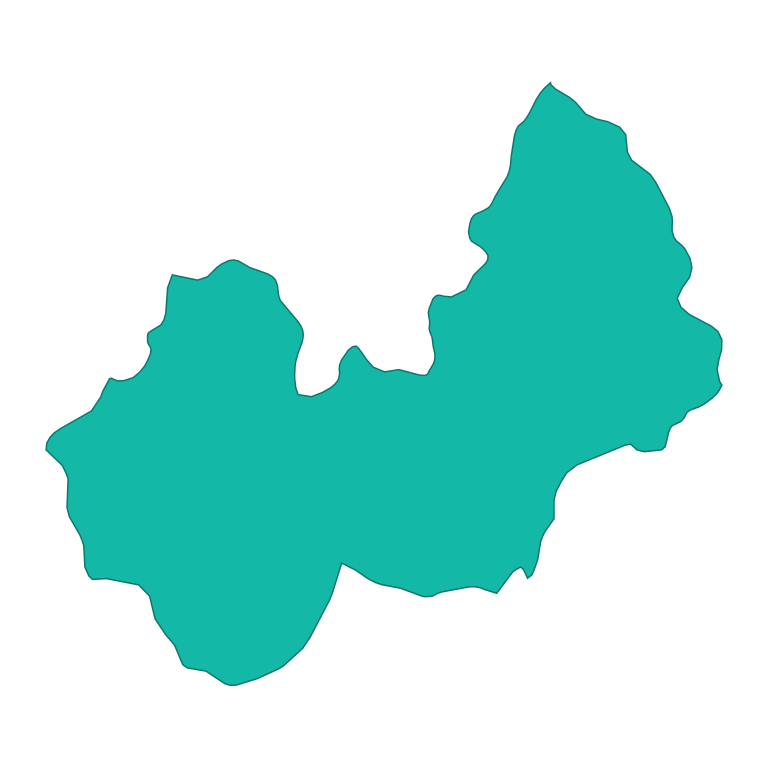 SVG path tracing the border of Nuristan
{"feature_id": "AFG-1761", "entity_name": "Nuristan", "entity_type": "Province", "adm_level": 1, "iso_a3": "AFG", "parent_name": "Afghanistan", "parent_adm1": "", "projection": "equal_earth", "projection_center": [70.816, 35.467], "detail": "fine", "context": "isolated", "style": "filled", "palette": "teal", "viewbox_px": 768, "rotation_deg": 0, "n_neighbors": 0, "source": "natural_earth", "source_scale": "10m", "svg_char_len": 3191}
<svg xmlns="http://www.w3.org/2000/svg" viewBox="0 0 768 768"><path d="M550.5,82.7L550.9,84.7L555.3,89.0L569.8,97.6L575.5,102.3L585.8,114.2L596.6,119.1L608.0,121.8L619.7,127.2L625.7,134.7L627.4,152.2L631.7,160.3L650.1,174.3L655.8,182.4L669.4,208.5L672.0,216.4L672.5,221.7L672.1,226.3L672.1,231.1L673.9,237.2L676.3,240.8L682.3,245.9L684.9,248.9L690.0,258.3L691.9,267.7L689.6,277.4L682.3,287.6L677.2,298.3L681.0,307.3L689.2,314.4L711.4,326.2L718.0,331.6L721.8,339.5L721.6,349.8L718.9,359.4L717.1,369.6L719.6,381.4L721.9,385.0L719.1,390.5L716.4,394.1L712.4,397.9L703.7,404.4L698.6,407.0L690.2,410.0L686.9,412.5L684.1,417.9L681.3,421.2L671.9,425.9L670.1,428.4L668.7,432.1L665.2,446.8L661.4,449.9L644.0,451.7L636.8,449.8L630.7,444.2L625.2,445.1L577.1,464.8L566.6,472.9L561.0,481.9L556.3,491.0L554.0,499.7L554.0,518.8L545.3,531.0L543.2,535.0L540.8,541.0L537.6,560.0L533.8,570.6L531.8,575.0L527.5,578.2L524.3,571.0L522.6,568.5L520.5,567.1L516.6,569.2L513.0,571.6L496.7,593.3L484.5,589.5L481.3,588.0L475.6,586.8L469.4,586.8L442.0,591.9L437.2,593.6L432.6,596.0L427.0,596.7L423.0,596.5L400.4,588.2L381.9,584.7L375.4,582.5L367.7,578.5L355.7,570.1L341.7,563.1L332.3,593.2L329.4,600.3L310.3,636.9L302.7,648.3L283.4,665.9L278.7,668.8L257.3,678.6L236.2,685.1L230.4,685.3L224.9,683.7L205.9,671.1L187.4,667.9L182.8,664.7L174.5,645.0L165.7,634.7L155.1,618.9L149.6,596.1L138.7,584.9L106.4,578.6L92.5,579.4L88.9,576.0L84.9,567.0L83.8,545.9L82.2,540.6L79.8,534.8L69.3,516.6L67.0,507.3L68.1,478.9L66.2,473.5L62.3,465.4L46.1,449.9L46.8,443.0L50.1,437.3L54.3,432.8L61.3,428.1L91.4,411.0L100.8,396.9L102.7,391.4L109.6,378.7L111.7,378.2L114.0,379.5L118.1,380.9L123.8,380.7L133.2,377.6L139.8,372.1L144.8,365.9L148.4,358.9L150.6,353.2L151.0,349.3L150.1,346.7L148.6,344.5L147.6,342.1L147.5,336.0L148.1,333.2L150.8,331.1L160.8,325.0L163.9,320.1L165.8,313.1L167.6,287.9L172.3,274.9L197.6,280.1L207.5,276.8L217.1,267.3L221.5,264.1L228.9,260.6L233.8,260.0L238.5,261.0L249.7,267.5L268.3,274.2L272.4,276.7L275.2,279.6L276.5,282.6L277.5,286.0L278.3,293.4L279.0,297.0L280.4,300.7L298.0,321.6L301.0,326.2L302.6,330.2L303.3,334.5L302.9,338.5L302.1,342.2L298.0,353.1L295.6,362.1L295.0,366.7L294.6,375.5L294.8,380.1L295.8,387.9L298.1,394.6L311.5,396.7L322.3,392.5L330.9,387.6L334.9,384.2L337.7,380.8L338.8,377.9L339.4,375.1L339.6,372.4L339.2,369.7L339.6,365.2L341.4,360.2L348.3,350.2L352.5,346.8L356.1,346.1L358.7,348.4L366.9,360.0L373.3,367.2L384.5,371.9L398.9,369.6L419.2,375.0L424.5,375.5L427.6,374.3L428.6,371.9L433.5,363.6L434.5,360.7L435.0,357.2L434.8,353.4L433.2,346.3L432.4,339.7L431.9,336.7L429.6,331.1L429.2,328.4L429.7,322.5L429.4,319.4L428.7,315.7L428.3,312.3L429.4,307.8L433.1,298.7L435.4,296.3L438.0,295.2L440.7,295.4L443.6,296.2L451.3,297.0L466.1,289.8L473.8,274.9L485.5,263.5L487.8,259.5L488.0,255.6L486.1,252.4L483.6,249.6L480.8,247.0L471.5,241.2L469.7,237.9L468.5,231.9L469.9,223.6L471.4,218.8L473.6,215.6L476.0,213.9L482.0,211.4L487.9,208.1L490.2,206.0L492.0,203.1L495.5,195.9L507.2,176.6L509.2,171.1L510.4,165.7L511.3,155.8L514.4,136.0L516.2,130.0L518.4,125.9L523.7,121.6L526.8,117.5L530.1,111.8L535.9,100.2L539.8,93.8L544.3,88.3L550.5,82.7L550.5,82.7Z" fill="#14b8a6" stroke="#0f766e" stroke-width="1.5"/></svg>